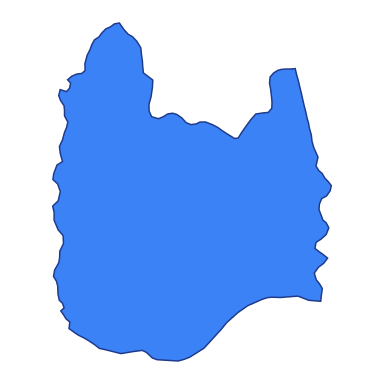 Planura, Minas Gerais, Brazil
{"feature_id": "56859067B88533243460253", "entity_name": "Planura", "entity_type": "district", "adm_level": 2, "iso_a3": "BRA", "parent_name": "Brazil", "parent_adm1": "Minas Gerais", "projection": "equal_earth", "projection_center": [-48.641, -20.071], "detail": "fine", "context": "isolated", "style": "filled", "palette": "blue", "viewbox_px": 384, "rotation_deg": 0, "n_neighbors": 0, "source": "geoboundaries", "source_scale": "gbopen_adm2", "svg_char_len": 2253}
<svg xmlns="http://www.w3.org/2000/svg" viewBox="0 0 384 384"><path d="M295.2,68.6L290.9,69.0L286.1,69.0L281.5,69.4L277.7,70.4L273.6,73.0L270.1,77.0L269.5,83.1L270.7,89.6L271.4,95.9L272.0,102.0L271.8,108.2L268.3,112.4L263.2,112.9L255.8,114.0L250.7,119.8L246.9,125.0L241.7,132.4L238.1,138.1L234.4,138.4L230.9,136.2L226.5,133.5L221.8,130.4L217.9,127.5L212.5,124.7L205.6,122.0L200.1,122.0L196.3,123.9L191.0,124.6L186.2,122.7L181.8,117.9L176.9,114.5L172.6,113.2L167.6,114.0L163.3,116.7L158.5,118.7L151.6,116.7L149.1,111.0L149.0,104.2L151.0,97.0L152.4,87.7L152.8,80.1L148.8,77.0L143.4,72.9L142.7,66.2L142.4,60.9L141.6,55.7L140.8,47.8L136.9,41.4L132.6,36.8L128.1,34.2L123.8,29.4L119.4,23.0L114.4,23.9L110.4,26.9L105.9,28.8L101.8,33.0L98.9,37.0L94.5,39.8L91.8,44.7L90.2,49.2L87.1,55.4L84.9,63.7L85.1,70.5L81.9,73.4L76.5,74.1L71.6,76.3L67.6,79.8L70.6,83.1L69.5,88.3L66.4,91.6L60.2,89.6L58.7,95.6L60.6,100.6L64.1,105.8L64.5,110.8L64.5,115.9L67.8,122.0L66.5,127.7L64.5,132.4L62.5,139.8L59.4,146.6L60.4,154.0L62.5,161.5L57.0,165.0L53.7,173.7L52.9,179.5L57.6,183.9L60.3,191.5L58.2,200.8L52.7,206.1L54.1,212.4L54.1,220.2L58.2,229.9L63.1,235.6L63.5,243.5L59.8,251.2L59.6,257.6L58.8,262.7L54.6,270.1L53.5,276.4L56.4,281.1L57.7,286.0L58.0,294.2L59.3,300.3L62.5,303.3L64.1,307.9L60.8,310.9L63.7,315.0L66.0,318.8L69.8,322.1L69.0,328.6L74.8,332.8L78.6,335.3L84.1,338.0L87.9,340.2L94.1,344.3L99.4,348.4L104.1,349.4L121.0,353.6L133.7,351.5L142.2,350.4L146.3,352.3L152.4,358.0L157.1,359.7L173.2,360.7L178.1,361.0L184.0,359.4L189.7,357.2L204.0,348.2L221.8,328.7L226.6,322.7L238.0,312.5L247.7,305.7L262.0,299.4L267.2,297.7L271.5,297.2L275.8,297.3L280.1,297.5L297.9,296.1L308.8,300.3L320.7,301.3L321.3,295.8L322.3,288.5L319.5,283.8L316.2,279.7L314.3,273.1L318.6,267.1L323.8,263.2L327.6,258.1L323.1,254.5L319.3,251.8L315.0,248.5L316.0,242.4L321.1,239.1L326.2,234.5L328.8,227.9L326.2,222.8L322.9,220.0L321.1,215.1L319.0,209.6L319.4,204.1L321.7,198.6L326.6,195.9L330.2,190.7L331.3,185.6L328.3,181.7L324.8,178.1L322.1,173.4L318.9,170.7L316.0,166.0L318.0,157.1L313.8,147.7L312.0,141.2L311.3,134.9L309.4,128.1L308.5,123.0L307.1,118.3L305.8,112.0L304.2,105.9L302.6,98.9L301.2,92.6L299.8,87.0L298.6,81.7L296.8,75.3L295.2,68.6Z" fill="#3b82f6" stroke="#1e3a8a" stroke-width="1.5"/></svg>